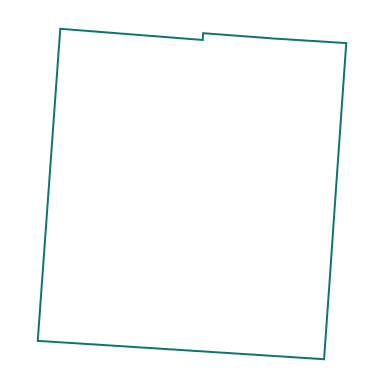 Gratiot, Michigan, United States of America, rotated 94°
{"feature_id": "52423323B41656630060914", "entity_name": "Gratiot", "entity_type": "district", "adm_level": 2, "iso_a3": "USA", "parent_name": "United States of America", "parent_adm1": "Michigan", "projection": "robinson", "projection_center": [-84.616, 43.292], "detail": "fine", "context": "isolated", "style": "outline", "palette": "teal", "viewbox_px": 384, "rotation_deg": 94, "n_neighbors": 0, "source": "geoboundaries", "source_scale": "gbopen_adm2", "svg_char_len": 288}
<svg xmlns="http://www.w3.org/2000/svg" viewBox="0 0 384 384"><g transform="rotate(94 192 192)"><path d="M351.2,326.9L349.6,48.6L270.5,48.5L191.4,48.6L32.7,48.5L33.2,120.2L32.8,191.9L39.6,191.9L38.4,334.8L351.3,335.5L351.2,326.9Z" fill="none" stroke="#0f766e" stroke-width="2"/></g></svg>